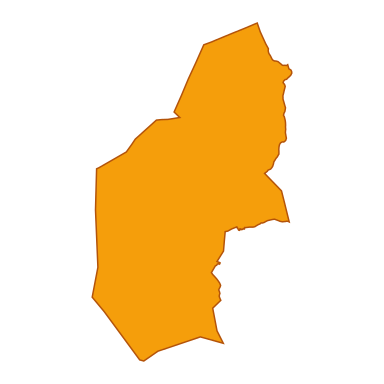 the district of San Juan Teposcolula, Oaxaca, Mexico
{"feature_id": "50627088B54973725346612", "entity_name": "San Juan Teposcolula", "entity_type": "district", "adm_level": 2, "iso_a3": "MEX", "parent_name": "Mexico", "parent_adm1": "Oaxaca", "projection": "robinson", "projection_center": [-97.39, 17.589], "detail": "fine", "context": "isolated", "style": "filled", "palette": "amber", "viewbox_px": 384, "rotation_deg": 0, "n_neighbors": 0, "source": "geoboundaries", "source_scale": "gbopen_adm2", "svg_char_len": 2463}
<svg xmlns="http://www.w3.org/2000/svg" viewBox="0 0 384 384"><path d="M257.2,23.0L244.0,28.6L233.8,32.7L226.5,35.7L216.1,40.0L211.7,41.9L203.8,44.8L195.9,62.6L188.4,78.8L181.5,95.3L174.1,112.0L179.8,117.5L168.0,119.4L161.6,119.6L156.4,120.1L144.2,131.1L136.1,138.4L135.3,139.1L131.7,144.5L126.3,152.0L98.8,167.8L96.6,168.8L95.5,210.0L97.9,267.3L92.2,297.2L104.1,311.5L119.5,332.4L139.7,359.9L143.8,361.0L148.7,357.6L157.9,351.2L182.0,343.1L200.3,336.9L223.3,343.3L217.0,330.8L212.7,308.2L220.8,300.3L220.2,299.0L219.7,297.8L219.2,296.2L219.5,294.6L219.9,293.5L219.4,291.5L218.7,289.9L219.5,288.1L220.2,286.8L220.6,285.4L219.7,283.2L218.4,281.2L216.7,278.9L214.4,276.3L212.7,274.5L211.4,272.6L215.4,265.8L216.6,265.3L217.3,264.1L218.6,263.8L219.2,264.2L219.9,263.7L220.0,262.7L217.0,261.5L223.5,251.1L224.3,241.3L225.2,231.6L227.8,231.1L231.8,228.9L236.8,226.9L237.1,227.6L237.2,227.9L237.5,227.9L237.6,228.1L237.7,228.3L238.6,230.1L239.1,230.2L239.4,230.3L239.8,229.6L239.8,229.0L240.6,228.9L240.5,229.4L240.8,229.7L242.3,229.5L243.3,228.6L243.6,229.0L244.4,229.2L244.3,229.6L244.6,228.1L244.8,227.5L245.6,227.6L248.8,227.2L249.3,227.1L253.1,227.1L254.9,226.7L256.1,225.9L258.1,224.7L260.2,223.8L261.2,222.9L262.5,223.0L264.3,222.4L265.6,221.6L267.6,220.6L271.0,219.8L272.9,219.4L274.6,219.2L277.0,220.1L278.9,220.8L280.0,221.3L282.4,221.8L284.0,221.6L285.4,221.5L286.8,221.2L288.1,221.4L289.2,221.9L284.5,202.8L281.5,190.9L266.6,175.5L264.6,173.4L267.3,171.3L268.1,170.1L270.6,169.1L271.7,167.8L272.6,166.5L273.0,165.3L273.4,164.1L273.9,161.7L274.7,160.6L275.6,159.0L276.3,158.0L277.3,156.9L278.2,155.2L278.9,154.1L278.9,151.0L278.8,149.7L279.0,146.9L279.5,144.6L280.5,142.9L282.3,141.9L283.8,142.0L284.9,141.2L285.7,140.4L286.4,138.2L286.0,136.3L285.7,134.4L285.4,132.8L285.5,130.8L285.7,129.4L285.5,127.0L285.6,125.2L285.5,122.8L285.3,121.0L285.0,119.5L284.3,116.7L283.5,115.4L283.9,113.4L284.9,111.4L285.5,107.8L285.0,106.2L284.0,102.6L283.0,99.1L283.0,97.4L282.9,95.8L283.5,93.5L284.0,91.2L284.5,89.2L284.9,87.7L285.2,86.3L284.5,84.4L283.1,82.7L283.6,81.1L285.1,79.6L286.6,79.3L288.1,77.7L289.2,76.8L290.7,75.3L291.8,73.1L291.6,71.4L290.9,70.0L288.9,68.8L288.2,66.4L287.7,64.7L286.6,65.5L284.9,65.3L283.6,65.4L282.4,65.3L281.3,64.3L279.7,63.0L278.0,61.6L275.8,61.0L274.6,61.0L273.1,60.3L272.2,59.4L271.1,57.2L270.3,55.6L268.9,53.5L268.5,52.2L268.2,50.8L268.4,48.7L265.7,43.8L260.2,31.7L257.2,23.0Z" fill="#f59e0b" stroke="#b45309" stroke-width="1.5"/></svg>